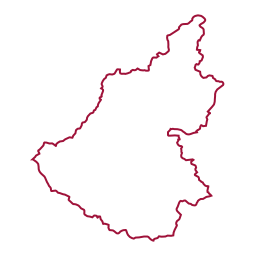 Con Cuong, Nghệ An, Vietnam
{"feature_id": "81297802B27308287932068", "entity_name": "Con Cuong", "entity_type": "district", "adm_level": 2, "iso_a3": "VNM", "parent_name": "Vietnam", "parent_adm1": "Nghệ An", "projection": "albers", "projection_center": [104.863, 19.063], "detail": "fine", "context": "isolated", "style": "outline", "palette": "rose", "viewbox_px": 256, "rotation_deg": 0, "n_neighbors": 0, "source": "geoboundaries", "source_scale": "gbopen_adm2", "svg_char_len": 5804}
<svg xmlns="http://www.w3.org/2000/svg" viewBox="0 0 256 256"><path d="M217.2,89.5L223.0,85.1L223.2,84.7L223.4,84.0L223.2,83.1L222.5,82.1L221.6,81.7L219.8,81.8L218.5,81.2L217.0,81.2L216.2,80.9L215.8,80.6L215.3,79.4L213.0,77.9L212.6,76.1L212.3,75.9L209.4,75.4L207.8,76.0L206.5,77.4L203.4,77.9L202.2,77.0L201.1,75.8L200.4,74.4L200.1,71.7L195.5,69.8L195.3,69.5L195.2,68.6L194.8,68.0L194.7,67.6L195.2,66.4L195.6,64.8L196.5,64.1L198.1,64.6L198.5,64.4L199.7,62.5L199.7,61.2L201.2,60.7L201.6,60.4L202.9,57.1L202.9,56.5L202.7,55.4L199.6,53.2L199.0,52.5L199.0,52.1L200.0,51.1L200.2,50.1L198.6,49.9L197.4,49.9L196.9,49.7L197.2,47.2L197.9,45.4L197.6,42.7L197.7,41.6L198.5,40.3L199.0,40.1L199.5,40.5L199.8,40.5L201.2,37.2L202.3,35.7L203.5,34.8L203.9,33.8L203.6,29.4L203.0,28.5L202.3,27.9L200.4,26.7L199.6,25.6L199.6,25.2L201.0,24.0L203.6,22.5L205.1,20.7L205.2,20.0L205.1,19.4L204.5,18.5L202.6,16.8L201.1,15.9L198.4,15.4L197.6,15.4L195.5,15.9L194.5,16.3L193.2,17.3L192.3,18.7L192.3,20.0L192.1,20.4L190.3,21.7L188.6,23.3L187.4,23.9L183.5,24.1L182.3,24.3L181.3,24.7L179.0,27.3L179.1,28.6L178.6,29.3L170.0,34.9L167.6,35.5L167.3,35.8L167.1,37.8L167.5,39.9L168.2,41.1L168.4,44.8L168.3,47.1L168.9,49.8L168.7,50.9L167.9,51.7L165.4,53.8L162.9,54.4L159.2,52.6L157.0,54.3L157.7,55.5L158.4,56.2L158.1,56.4L156.5,57.6L153.3,57.5L152.5,58.1L152.1,58.8L151.1,61.2L150.4,65.0L148.5,66.1L148.9,69.7L148.8,70.2L148.6,70.5L147.7,70.7L146.5,70.7L145.9,70.7L144.7,70.2L143.1,70.4L140.5,70.1L139.9,69.9L137.6,68.5L137.4,68.6L136.2,69.7L135.0,70.2L134.0,70.2L132.9,69.9L132.5,70.0L131.1,70.9L131.1,71.5L130.3,72.3L127.4,73.4L125.3,73.9L124.1,73.7L121.7,73.8L120.4,73.4L120.1,72.8L119.9,72.1L120.0,69.5L117.7,69.3L117.2,69.4L116.7,70.0L114.9,73.1L114.4,73.7L113.6,74.1L112.1,74.5L109.5,74.2L108.1,74.6L106.6,75.4L105.8,77.8L104.1,79.1L103.4,80.1L102.7,81.2L101.7,83.5L101.7,84.4L102.3,85.6L102.6,86.5L102.3,87.4L101.1,88.4L101.2,88.5L102.1,88.8L103.0,89.8L103.1,90.3L102.9,91.4L101.4,95.3L101.7,95.9L101.7,96.4L101.4,96.8L100.1,97.3L99.7,97.7L99.6,98.3L99.7,98.8L100.9,99.6L100.8,100.0L99.3,102.1L98.4,103.6L97.9,105.2L97.8,106.4L96.5,107.3L95.3,109.9L94.1,110.3L93.8,110.7L93.5,112.0L92.8,112.8L90.4,113.5L87.9,116.2L87.1,117.7L86.8,119.7L85.6,121.3L84.8,122.1L82.5,122.6L81.9,123.6L81.7,125.3L80.3,128.0L79.8,128.5L77.9,128.7L77.3,129.0L76.0,130.2L75.4,133.3L73.3,135.6L72.4,137.7L71.3,137.6L69.8,137.3L69.1,137.5L65.2,139.3L63.1,141.0L59.8,141.5L57.7,142.8L56.4,144.0L56.2,144.4L56.0,145.8L55.8,145.9L53.1,143.9L52.2,143.4L49.4,143.5L46.5,142.6L44.5,142.5L44.1,142.9L43.5,145.2L43.2,145.7L39.9,149.3L38.3,150.5L38.2,151.1L39.2,153.0L39.4,153.7L36.0,155.6L35.2,156.9L32.6,159.3L32.8,159.3L36.2,161.7L37.3,162.8L38.2,164.0L38.6,166.7L38.7,169.1L38.9,169.9L39.4,171.2L40.0,172.2L41.2,173.6L44.4,176.5L45.1,177.7L47.0,182.1L48.2,184.1L49.0,185.9L50.3,187.3L50.8,188.2L51.0,190.1L51.4,191.0L52.3,191.0L55.4,190.6L55.8,190.7L56.5,191.1L58.0,192.7L59.9,193.1L62.9,194.2L64.9,194.6L69.0,196.6L69.3,196.8L69.3,197.4L68.7,199.3L68.7,199.9L69.1,200.4L70.4,201.5L72.8,203.8L73.6,204.1L74.5,204.1L76.2,204.5L78.4,205.5L79.2,206.2L81.1,208.4L83.8,209.7L84.1,210.0L84.4,210.8L84.3,213.8L84.8,214.6L87.3,216.2L90.0,216.6L92.3,217.3L94.1,215.6L94.7,215.5L96.5,215.8L96.8,216.0L97.3,217.4L97.5,217.6L97.9,217.4L98.6,216.5L99.0,216.4L100.1,216.6L100.7,219.2L102.4,221.4L103.1,223.8L103.4,223.9L104.8,223.7L107.7,224.5L108.6,224.9L108.6,226.4L108.4,227.3L108.7,228.5L109.4,229.9L109.7,230.1L112.9,230.4L114.2,231.2L116.6,233.2L117.6,233.4L118.2,233.4L119.1,232.9L120.3,231.6L121.7,230.8L123.3,230.2L125.7,230.0L126.1,230.3L127.3,233.6L128.1,235.1L129.8,236.9L132.0,238.1L133.8,238.6L135.5,237.6L139.1,237.4L144.2,236.5L147.3,236.5L148.5,237.0L149.8,238.5L151.1,239.6L152.5,240.4L153.5,240.6L153.9,239.4L154.7,238.8L157.6,238.0L159.0,236.3L161.4,236.7L165.4,236.5L167.6,235.6L171.1,235.8L173.3,235.4L173.6,232.7L174.0,231.6L174.6,230.0L176.8,225.7L176.9,225.1L176.4,224.6L176.2,223.8L176.2,222.9L176.7,221.6L177.0,221.1L179.1,219.4L179.5,218.8L180.9,214.8L177.4,211.3L176.8,210.3L176.6,209.6L176.7,208.6L177.7,206.7L179.2,202.6L179.8,201.6L180.3,201.1L180.8,200.9L182.4,201.3L183.7,200.7L184.6,200.5L185.4,200.6L188.7,203.5L190.8,203.9L192.2,205.0L192.7,205.1L194.4,205.4L195.3,205.3L196.2,204.6L196.8,202.9L197.5,201.9L198.0,200.8L199.1,199.9L200.7,199.0L203.1,198.9L206.4,196.9L209.6,196.3L211.3,195.7L210.5,194.7L208.9,193.4L208.5,192.4L207.6,192.1L207.4,190.9L208.0,187.8L208.3,187.0L208.3,186.3L207.6,186.1L206.6,186.2L205.2,185.6L203.7,184.1L202.7,182.4L201.3,181.8L200.5,180.9L199.2,180.1L199.0,179.5L199.0,178.6L198.6,177.3L198.1,176.8L195.1,175.2L194.9,174.9L194.9,174.4L195.2,174.0L197.1,172.3L195.6,170.3L195.4,169.7L195.4,168.8L196.1,167.7L195.8,166.3L195.4,165.6L194.8,165.2L191.7,164.0L191.4,163.7L191.2,162.7L191.2,161.8L191.4,161.5L193.4,159.9L192.7,159.4L186.0,160.2L184.3,158.9L182.8,158.3L181.6,157.3L181.3,156.7L181.2,155.2L182.0,152.9L181.4,152.0L181.4,150.1L181.1,148.6L182.1,147.1L182.1,146.8L181.5,146.2L179.6,145.9L178.5,145.2L177.6,143.9L177.1,142.7L178.3,140.6L178.2,139.6L179.3,139.5L179.6,139.4L179.5,138.7L178.7,137.0L178.6,135.7L174.8,135.4L169.5,135.7L168.7,135.7L168.2,135.4L168.0,135.0L168.0,132.1L169.6,130.5L170.4,129.5L170.6,128.9L171.6,129.1L172.8,128.8L174.3,129.1L177.5,129.2L181.0,130.0L182.1,130.7L183.1,131.6L184.7,132.6L185.6,133.5L187.0,134.2L188.5,134.4L189.6,134.3L191.2,133.8L193.6,132.9L196.9,132.3L196.3,131.3L197.2,130.6L197.5,130.1L198.1,130.0L200.0,128.7L200.3,126.6L200.6,126.0L201.2,125.2L201.6,125.3L203.1,126.2L206.0,125.8L206.8,121.2L207.3,119.4L206.5,117.5L206.6,117.0L208.5,114.6L208.7,114.1L210.0,113.3L210.0,113.1L208.0,111.8L207.8,111.6L212.2,106.7L213.8,104.7L214.1,104.1L214.7,101.7L214.9,98.4L215.1,96.0L215.1,94.1L215.7,91.8L217.2,89.5Z" fill="none" stroke="#9f1239" stroke-width="2"/></svg>